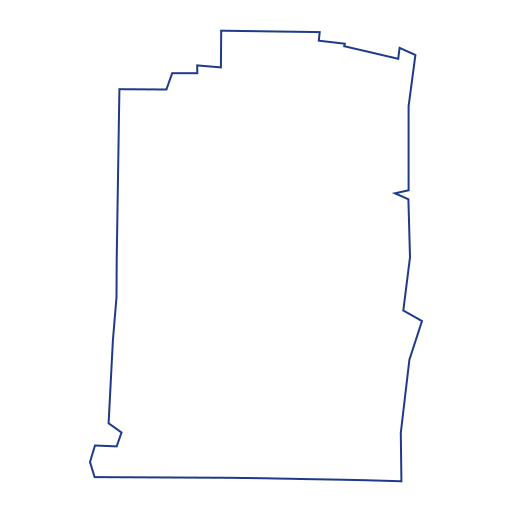 outline of Lawrence, Tennessee, United States of America
{"feature_id": "52423323B73768341334687", "entity_name": "Lawrence", "entity_type": "district", "adm_level": 2, "iso_a3": "USA", "parent_name": "United States of America", "parent_adm1": "Tennessee", "projection": "mercator", "projection_center": [-87.387, 35.229], "detail": "fine", "context": "isolated", "style": "outline", "palette": "blue", "viewbox_px": 512, "rotation_deg": 0, "n_neighbors": 0, "source": "geoboundaries", "source_scale": "gbopen_adm2", "svg_char_len": 649}
<svg xmlns="http://www.w3.org/2000/svg" viewBox="0 0 512 512"><path d="M119.4,89.2L116.7,259.7L116.5,297.2L112.9,340.3L108.6,423.3L121.5,432.5L116.7,446.4L95.0,445.5L90.0,462.0L94.6,477.1L230.4,477.8L237.2,477.9L242.8,478.0L246.2,478.0L267.1,478.3L275.3,478.5L292.8,478.8L300.9,479.0L341.1,479.7L364.5,480.2L396.2,481.1L401.4,481.3L400.8,432.7L409.4,359.7L422.0,321.1L403.3,310.5L410.0,257.3L408.4,199.3L394.9,193.3L408.6,190.3L408.6,106.1L415.4,55.0L399.6,47.9L398.2,58.8L344.2,46.2L344.8,43.7L318.8,40.7L319.7,32.1L221.2,30.7L220.9,67.4L197.2,65.4L197.3,73.2L172.2,73.2L166.4,89.5L119.4,89.2Z" fill="none" stroke="#1e3a8a" stroke-width="2"/></svg>